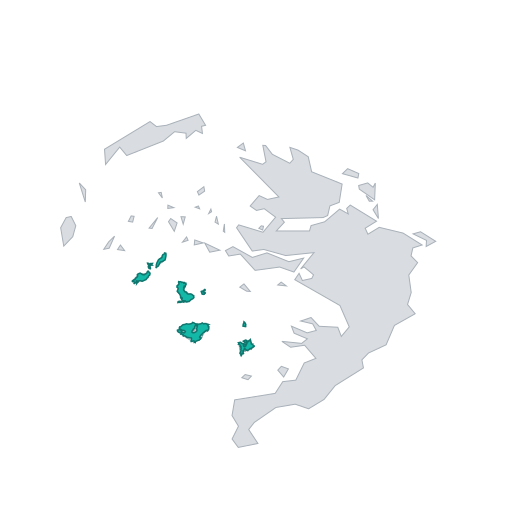 Voreioy Aigaioy, Voreio Aigaio, Greece (highlighted), rotated 153°
{"feature_id": "26713481B43979888680650", "entity_name": "Voreioy Aigaioy", "entity_type": "district", "adm_level": 2, "iso_a3": "GRC", "parent_name": "Greece", "parent_adm1": "Voreio Aigaio", "projection": "mercator", "projection_center": [26.018, 38.772], "detail": "fine", "context": "in_parent", "style": "filled", "palette": "teal", "viewbox_px": 512, "rotation_deg": 153, "n_neighbors": 0, "source": "geoboundaries", "source_scale": "gbopen_adm2", "svg_char_len": 9799}
<svg xmlns="http://www.w3.org/2000/svg" viewBox="0 0 512 512"><g transform="rotate(153 256 256)"><path d="M339.4,88.1L358.7,93.5L360.4,103.8L348.9,112.3L349.8,124.7L340.3,137.5L301.3,124.9L289.2,131.9L276.9,127.3L261.6,138.8L249.1,137.6L253.2,154.4L266.6,159.0L271.7,168.2L255.0,157.4L247.8,158.9L257.1,169.9L256.3,177.4L245.3,164.3L236.1,162.3L236.3,169.8L245.7,177.8L234.9,176.2L231.6,164.7L215.5,155.4L216.5,145.6L205.1,150.5L203.7,173.8L232.2,217.3L225.5,221.0L225.8,213.1L216.5,210.7L213.3,213.1L215.1,217.5L218.2,224.5L222.1,224.2L202.8,232.7L229.3,242.9L246.1,258.3L257.1,262.1L260.5,290.0L257.3,291.6L239.0,274.0L220.9,281.7L227.2,294.4L234.9,296.4L238.5,303.2L225.8,308.4L220.1,301.2L208.8,298.2L225.7,351.4L208.5,334.7L204.3,335.4L199.7,351.5L197.3,350.1L195.3,339.2L183.8,323.3L178.9,325.2L176.5,337.4L170.5,331.3L164.4,320.7L168.2,305.8L146.6,281.0L157.5,266.0L167.4,267.1L173.8,259.5L178.8,259.8L216.4,277.8L215.4,273.2L226.6,269.1L197.0,254.0L193.1,258.1L179.3,255.3L160.2,259.8L154.7,251.6L153.6,257.2L148.9,258.6L132.8,232.3L146.1,231.2L146.4,224.6L133.2,225.6L114.6,209.7L103.0,190.4L112.6,192.0L117.8,185.7L115.0,176.7L128.5,169.7L134.3,153.0L143.0,144.0L140.4,132.3L164.2,131.3L180.4,117.8L199.8,118.5L208.8,115.4L211.1,107.5L244.2,104.6L260.5,97.3L278.5,96.0L288.4,106.2L307.0,112.0L333.1,108.5L341.3,104.7L339.4,88.1ZM252.6,395.3L264.8,392.4L262.6,397.2L272.1,403.7L286.4,400.5L325.6,404.2L328.0,414.9L348.5,405.8L342.5,419.9L289.4,423.9L285.9,416.5L276.4,413.1L242.5,408.5L241.6,395.3L245.6,396.3L248.1,389.5L252.6,395.3ZM229.5,224.5L239.9,235.4L263.3,243.6L269.1,264.8L280.3,268.4L280.8,274.7L272.3,274.8L259.9,256.4L244.8,253.8L229.3,236.0L214.5,232.5L229.5,224.5ZM352.0,209.5L358.5,220.6L358.8,224.5L355.1,222.3L357.3,226.3L342.3,224.8L340.3,222.0L346.7,216.2L338.9,221.3L330.0,216.0L342.5,207.3L352.0,209.5ZM407.7,376.4L402.7,375.1L402.8,364.8L410.5,356.4L422.8,352.1L417.2,369.9L407.7,376.4ZM339.7,264.9L336.0,267.7L331.9,263.7L335.7,258.2L330.1,247.3L342.3,248.9L339.7,264.9ZM124.8,252.2L133.6,268.7L132.5,272.2L123.3,270.4L120.5,264.1L116.6,266.8L124.8,252.2ZM106.0,204.4L98.4,202.9L89.2,187.5L100.1,187.2L97.0,192.5L106.0,204.4ZM314.2,176.5L311.1,185.4L306.9,181.1L299.6,183.2L299.5,175.7L314.2,176.5ZM368.1,285.0L377.1,290.0L368.9,293.2L358.7,289.3L368.1,285.0ZM288.4,144.4L283.5,146.2L278.4,140.7L286.3,135.6L288.4,144.4ZM129.8,279.2L141.6,290.1L134.7,292.2L127.0,282.8L129.8,279.2ZM318.4,326.3L315.0,328.1L311.3,321.3L317.6,315.1L318.4,326.3ZM295.5,280.4L295.8,290.8L285.6,277.6L295.5,280.4ZM383.6,381.6L380.3,401.3L377.7,392.3L383.6,381.6ZM130.7,244.1L124.5,246.9L129.9,233.8L130.7,244.1ZM223.3,361.2L216.0,362.4L217.6,354.5L223.3,361.2ZM373.0,337.9L383.3,329.6L388.6,331.1L380.8,335.5L373.0,337.9ZM337.2,298.8L339.4,293.7L349.7,291.7L344.0,296.9L337.2,298.8ZM306.4,317.4L305.0,325.1L301.3,323.0L306.4,317.4ZM306.0,293.9L303.3,298.1L297.1,291.6L306.0,293.9ZM284.6,235.6L279.4,236.6L277.2,227.0L280.3,228.9L284.6,235.6ZM323.9,154.0L319.5,155.3L314.6,151.1L319.3,149.4L323.9,154.0ZM279.2,336.2L279.0,340.0L271.0,341.4L272.3,337.1L279.2,336.2ZM338.6,329.4L326.1,334.9L336.1,327.7L338.6,329.4ZM273.9,293.0L269.6,298.9L273.1,291.3L273.9,293.0ZM315.2,301.7L309.2,304.5L309.4,300.8L315.2,301.7ZM354.0,344.8L349.0,348.4L346.6,346.7L350.5,342.2L354.0,344.8ZM376.5,324.6L371.8,327.3L370.6,320.4L376.5,324.6ZM277.1,304.8L273.1,309.4L275.1,301.5L277.1,304.8ZM130.2,253.4L130.5,260.0L127.2,251.9L130.2,253.4ZM313.0,338.4L311.4,341.3L307.3,336.4L313.0,338.4ZM249.8,220.3L245.4,221.3L242.6,215.6L249.8,220.3ZM240.9,279.4L237.6,280.5L235.8,279.1L238.3,276.1L240.9,279.4ZM278.9,315.3L274.9,318.3L275.5,315.6L278.9,315.3ZM313.1,350.2L314.2,356.6L311.6,355.7L313.1,350.2ZM288.0,327.1L284.6,326.7L284.8,323.6L288.0,327.1Z" fill="#d9dde1" stroke="#a8b0b8" stroke-width="1"/><path d="M349.7,207.0L349.4,206.5L348.9,207.1L348.3,207.3L345.9,207.1L344.9,206.8L343.9,207.2L343.2,207.2L342.6,207.6L342.8,207.6L342.9,207.9L342.7,208.7L343.1,209.2L342.7,209.8L341.9,209.9L340.5,210.7L339.9,210.3L339.8,210.8L338.9,211.2L337.3,211.7L336.4,211.6L336.1,212.0L335.2,212.1L334.9,211.7L334.1,212.3L333.8,212.0L333.1,212.0L332.9,211.8L333.0,211.3L332.6,211.4L332.4,211.8L331.4,212.2L330.6,213.4L330.7,214.0L330.1,214.3L330.1,214.6L330.5,215.0L330.3,215.6L330.4,216.9L329.5,216.6L330.0,217.3L330.9,217.7L331.2,218.5L331.7,218.6L332.2,219.1L332.8,219.1L333.5,219.4L334.3,220.8L335.8,220.6L339.1,221.7L339.4,221.5L339.5,221.0L339.9,220.4L340.4,220.8L340.9,219.1L342.1,218.1L342.1,216.9L342.6,216.2L343.3,216.2L343.9,215.7L345.8,215.7L347.1,216.3L347.5,216.8L347.6,217.1L347.0,218.2L345.8,218.5L345.7,218.9L345.3,219.0L344.7,219.5L344.2,219.4L344.0,219.6L343.4,219.7L342.4,221.2L341.7,221.3L341.3,221.7L340.4,221.4L339.4,222.1L339.4,222.4L340.1,222.4L340.4,222.7L341.4,224.0L341.6,224.6L342.7,225.6L343.1,225.2L343.7,225.1L345.3,225.3L347.2,226.0L348.8,227.2L350.3,227.3L351.8,227.8L352.6,227.9L355.1,227.2L355.8,227.2L356.2,227.5L357.1,226.6L356.7,225.0L356.2,224.6L355.2,223.0L354.2,222.6L353.6,222.0L353.2,220.9L354.1,220.2L355.0,220.1L356.6,221.9L356.7,222.7L356.6,222.9L356.0,223.2L356.0,223.6L356.7,223.8L356.4,224.2L357.0,225.4L358.0,225.1L359.1,225.6L359.7,225.6L360.0,224.8L359.8,223.7L359.1,222.6L357.7,221.2L357.7,220.8L358.1,220.5L357.6,220.4L357.3,219.4L356.7,219.0L356.7,218.0L357.1,217.8L357.0,217.6L356.1,217.5L355.5,217.0L354.7,215.5L354.5,214.8L354.1,214.7L351.8,212.9L350.9,212.5L350.8,211.9L352.6,209.3L351.9,208.9L350.7,208.9L349.9,208.6L349.7,208.2L350.3,207.1L349.7,207.0ZM336.4,245.8L333.7,246.6L331.8,246.6L330.5,247.0L330.1,247.6L330.0,248.1L329.6,248.5L329.5,249.0L330.0,249.5L330.7,251.2L331.9,252.2L333.1,252.5L333.8,253.0L334.4,253.8L334.3,255.0L334.6,255.1L334.7,255.8L335.6,256.3L335.9,258.4L335.9,258.8L335.1,259.4L334.9,260.0L335.0,260.3L334.5,261.1L333.4,260.9L333.3,261.5L333.0,261.2L333.1,260.8L332.9,260.9L332.5,261.5L331.2,262.4L330.8,263.6L331.1,263.8L331.3,263.6L331.6,263.6L331.8,264.8L332.7,264.7L332.6,265.1L333.1,265.9L334.1,266.1L334.3,266.7L334.9,267.4L335.7,267.6L336.5,268.3L336.9,267.9L337.0,266.9L337.5,265.9L338.6,265.5L339.9,265.3L340.2,264.7L340.6,264.2L340.1,263.6L340.1,262.2L342.2,260.4L342.1,259.3L341.6,258.9L341.7,257.8L341.4,257.3L341.3,255.7L341.3,255.1L341.8,253.6L342.0,253.4L342.0,252.7L341.5,252.8L341.6,252.1L340.9,252.0L341.1,251.6L341.6,251.5L342.0,251.1L341.9,249.8L342.4,249.1L342.2,248.4L341.4,247.7L341.0,248.6L340.6,248.2L340.7,248.9L340.3,248.7L340.2,248.2L339.4,248.1L338.5,246.3L337.7,246.5L336.4,245.8ZM314.5,176.4L314.1,174.8L314.5,174.5L314.5,173.9L313.5,174.5L312.8,175.4L312.4,175.4L312.0,174.8L311.7,174.7L311.4,174.9L311.6,175.2L311.6,175.6L310.5,176.7L310.4,176.9L310.8,177.1L310.7,177.4L309.5,177.4L309.2,178.1L308.5,178.7L308.1,178.6L307.9,178.3L308.2,178.0L307.7,177.7L307.5,177.3L307.4,177.0L307.8,176.4L306.8,176.2L306.3,175.4L305.6,175.8L304.8,175.7L303.2,176.3L302.7,175.3L300.8,176.2L300.2,176.1L299.2,176.4L298.7,176.3L298.6,176.5L298.9,176.5L299.1,177.0L299.0,178.1L299.2,178.8L299.0,179.0L299.7,179.3L300.1,179.9L299.6,181.1L299.6,181.9L299.2,182.8L299.2,183.0L299.4,182.8L299.8,183.1L299.1,183.7L299.0,184.2L300.0,183.8L300.7,183.9L301.8,183.2L302.2,183.4L302.2,184.1L302.5,184.1L303.4,183.1L303.8,183.0L304.0,183.2L303.5,183.5L303.0,184.7L302.9,185.3L303.6,185.9L305.1,185.8L306.0,186.0L306.1,185.9L305.9,185.5L305.3,184.8L305.2,184.0L304.8,183.6L304.4,183.7L304.2,183.3L305.1,181.9L305.6,181.8L306.1,182.0L306.2,181.8L305.5,181.5L304.6,181.6L306.1,180.4L307.1,180.1L307.6,180.4L307.5,180.6L308.0,181.1L307.4,181.9L307.7,182.5L307.2,182.8L306.6,182.8L306.4,183.3L306.9,183.3L307.5,184.1L308.6,184.7L308.6,185.5L309.0,186.2L311.0,186.7L310.8,185.8L311.7,185.3L310.6,184.0L310.5,183.2L311.0,182.9L310.6,182.6L310.5,181.9L311.6,181.3L311.2,181.3L311.0,180.6L311.4,180.1L312.0,180.0L312.1,179.0L312.3,178.5L313.0,178.0L313.3,177.3L314.4,176.8L314.5,176.4ZM369.0,285.2L364.7,284.9L362.9,285.8L362.3,285.8L361.7,286.1L361.1,286.8L360.3,287.1L359.7,287.1L359.2,287.4L358.2,288.8L358.8,290.2L358.6,290.9L359.0,291.6L360.2,291.2L361.0,290.3L364.1,290.0L365.3,290.7L366.9,293.3L367.8,293.5L369.8,293.5L370.3,293.2L370.5,291.9L371.4,291.3L372.4,291.0L373.4,290.9L374.3,290.1L375.5,290.2L377.4,290.0L377.7,289.6L377.4,289.0L376.4,289.0L376.6,288.6L376.0,287.6L377.6,286.7L376.1,286.8L374.9,286.7L374.4,286.3L374.4,286.0L374.6,285.7L374.2,285.9L374.0,286.3L374.2,286.6L373.1,286.1L372.9,286.3L374.0,287.7L373.9,288.1L373.6,288.1L373.0,287.5L371.9,286.9L370.3,286.6L369.0,285.2ZM350.2,291.1L350.0,290.9L348.9,291.4L347.6,291.4L344.6,293.6L343.9,294.0L341.6,293.5L340.3,293.8L339.0,293.7L338.2,294.4L336.3,296.8L335.4,298.4L335.1,299.4L335.7,299.9L335.7,299.7L336.8,299.5L338.3,299.5L339.3,298.9L340.3,297.6L341.0,297.3L343.5,297.2L344.8,296.8L347.5,294.8L349.0,293.2L349.5,291.9L350.0,291.6L350.2,291.1ZM296.6,202.8L297.5,201.5L298.2,201.2L299.4,199.4L297.3,197.8L297.0,198.1L296.9,198.8L296.3,199.3L296.1,200.5L296.2,201.8L296.6,202.8ZM319.4,245.5L318.8,246.1L318.1,245.9L317.9,246.1L318.0,246.4L319.2,247.8L318.9,248.7L319.0,249.0L319.4,248.8L320.5,249.3L320.9,249.3L321.3,246.5L320.3,245.7L319.6,245.7L319.4,245.5ZM356.6,294.1L356.8,293.3L355.9,292.6L355.5,293.1L355.4,293.9L356.1,294.3L355.9,294.7L356.1,295.5L355.3,296.2L355.0,295.8L354.9,295.1L354.5,295.3L354.7,295.5L354.5,296.2L354.8,297.4L355.0,297.6L355.1,298.1L355.5,298.7L355.9,298.9L356.1,297.9L355.6,297.4L355.4,296.6L356.4,296.0L356.8,295.4L357.0,294.7L357.0,294.1L356.6,294.1ZM344.8,249.1L343.2,248.7L344.2,250.2L345.4,250.6L346.1,250.7L346.7,250.0L345.4,249.6L344.8,249.1ZM353.9,296.2L353.6,295.5L353.0,295.2L353.1,295.4L351.6,296.4L352.0,296.6L352.4,296.4L353.0,296.5L353.1,297.0L353.5,297.2L353.9,296.2ZM316.9,249.5L317.6,249.3L317.4,248.9L317.7,248.5L317.1,248.3L316.6,249.2L316.9,249.5Z" fill="#14b8a6" stroke="#0f766e" stroke-width="1.5"/></g></svg>